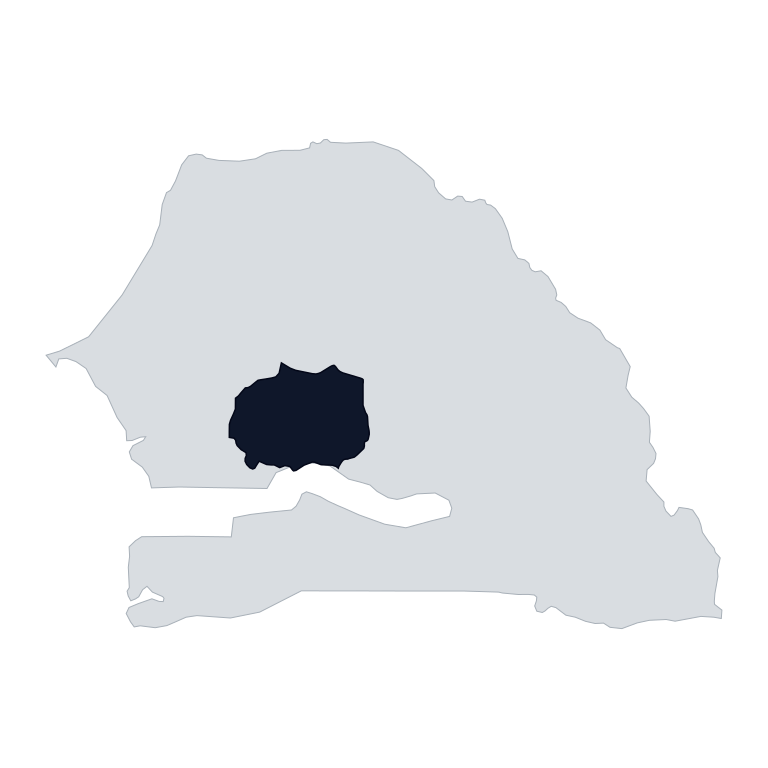 location of Kaffrine within Senegal
{"feature_id": "SEN-5516", "entity_name": "Kaffrine", "entity_type": "Region", "adm_level": 1, "iso_a3": "SEN", "parent_name": "Senegal", "parent_adm1": "", "projection": "albers", "projection_center": [-15.14, 14.22], "detail": "fine", "context": "in_parent", "style": "filled", "palette": "ink", "viewbox_px": 768, "rotation_deg": 0, "n_neighbors": 0, "source": "natural_earth", "source_scale": "10m", "svg_char_len": 4349}
<svg xmlns="http://www.w3.org/2000/svg" viewBox="0 0 768 768"><path d="M619.7,348.5L630.2,366.6L628.1,375.3L625.9,388.0L631.8,397.2L638.7,403.1L643.6,408.6L649.1,416.2L650.2,431.4L649.4,442.3L652.9,447.3L656.0,453.5L655.5,458.7L653.6,463.4L647.1,469.6L646.1,481.0L657.0,494.6L663.9,502.0L663.9,506.3L665.9,511.0L671.0,516.4L674.1,515.1L677.5,510.5L679.0,507.4L688.2,508.7L692.6,510.0L698.6,518.9L700.8,524.9L702.4,532.4L708.7,541.7L714.1,548.2L715.3,552.4L720.2,557.9L717.4,570.4L717.9,576.7L714.9,593.5L714.3,601.3L714.5,604.3L721.9,610.1L721.3,618.5L713.8,617.2L700.9,616.4L675.1,621.2L666.2,619.5L649.3,620.3L637.2,622.9L621.9,628.6L610.0,627.3L603.5,623.1L595.1,623.5L585.5,621.3L575.3,617.2L565.9,615.2L555.9,607.6L551.2,606.3L547.9,608.3L545.1,610.9L542.3,612.5L536.8,611.2L534.7,606.0L536.4,600.9L536.8,597.1L534.3,595.0L528.1,594.4L518.3,594.5L502.3,593.0L498.7,592.1L463.0,591.0L426.1,591.0L394.7,591.0L355.2,590.9L327.4,590.9L301.4,590.8L281.4,601.0L259.7,612.1L230.4,618.0L196.9,615.6L186.1,617.2L175.0,622.1L166.8,625.6L155.2,627.7L140.2,625.8L134.2,626.9L130.5,621.8L126.2,613.5L129.0,607.5L138.1,603.7L151.9,598.8L159.0,601.4L163.2,601.6L164.0,598.3L162.7,596.6L152.4,592.1L147.0,586.3L142.6,589.7L138.7,596.8L135.5,598.9L130.8,600.8L128.2,596.0L127.1,591.2L129.3,587.6L128.3,567.2L129.6,556.3L129.1,546.8L135.6,540.6L141.7,536.7L165.7,536.5L188.0,536.3L209.4,536.6L231.3,536.9L233.5,517.8L240.4,516.4L250.8,514.4L270.1,512.1L291.5,510.0L296.1,506.2L299.7,499.9L301.9,494.2L306.4,491.8L312.4,493.7L320.3,496.7L328.4,501.3L337.8,505.6L344.0,508.2L359.0,514.9L384.7,524.2L405.8,527.8L431.2,520.9L449.6,516.4L451.8,508.2L448.9,500.2L435.2,493.0L416.6,493.9L410.9,495.9L402.2,498.4L397.0,499.4L388.2,497.7L377.1,491.4L370.0,485.0L360.2,482.1L348.6,479.1L330.0,466.0L320.3,463.7L311.1,463.0L293.4,465.6L276.1,472.6L267.0,488.5L249.8,488.2L213.1,487.6L179.4,487.0L151.5,487.9L148.8,476.3L142.3,467.1L131.6,459.2L129.3,451.9L133.0,445.6L143.4,440.4L145.7,436.7L140.3,437.2L132.1,440.5L126.7,440.7L126.1,430.6L117.1,417.5L107.1,395.5L95.6,386.4L86.1,368.5L76.0,361.6L66.8,358.3L58.8,358.9L55.9,367.0L46.1,355.2L59.6,351.1L88.6,336.8L122.1,295.0L152.1,245.5L156.0,233.8L159.7,224.9L162.2,204.6L166.5,192.6L170.5,190.3L175.5,181.0L181.7,164.8L188.6,155.8L196.2,154.1L202.2,154.9L206.4,158.2L218.9,160.4L239.5,161.2L255.5,158.8L266.8,153.2L281.6,150.4L300.0,150.3L309.6,147.9L310.6,143.3L312.9,141.9L316.8,143.7L320.4,143.0L323.8,139.7L327.1,139.4L330.5,142.3L345.8,143.1L373.2,141.9L398.5,150.4L421.8,168.5L433.9,180.6L434.7,186.7L438.6,192.8L445.6,198.9L451.9,200.0L457.7,196.1L462.2,196.5L465.5,201.2L472.1,202.1L479.5,199.2L484.8,200.2L485.8,203.0L487.0,204.5L490.6,205.1L495.4,208.7L502.2,218.3L507.8,231.7L512.2,249.0L517.9,258.4L524.8,259.9L528.9,263.4L529.8,267.5L531.8,270.3L535.2,271.8L541.1,270.8L548.0,276.6L555.6,289.3L556.8,295.0L555.6,298.1L556.1,300.3L561.1,302.4L565.8,306.5L569.7,312.7L578.0,318.2L590.7,322.9L599.9,330.1L605.6,339.7L617.3,347.7L619.7,348.5Z" fill="#d9dde1" stroke="#a8b0b8" stroke-width="1"/><path d="M338.3,468.2L336.2,466.5L332.2,465.2L321.1,464.7L314.6,462.2L312.2,462.1L304.2,465.1L296.0,470.4L293.6,470.9L292.7,470.2L290.6,467.4L289.6,466.4L284.8,465.6L279.7,467.6L274.2,464.9L271.0,464.9L266.6,464.5L259.1,461.2L256.7,464.9L254.7,468.2L252.7,469.0L249.9,467.8L246.7,464.5L245.1,461.2L245.2,458.3L246.4,455.5L246.0,452.6L241.2,449.7L237.2,445.6L236.1,443.1L235.7,440.3L234.1,438.2L229.3,437.4L229.3,431.7L229.4,424.3L230.6,420.2L233.4,414.1L235.4,409.1L235.5,398.2L238.4,396.0L241.0,392.8L245.3,387.9L248.1,387.6L250.6,386.3L255.7,382.1L258.0,380.3L260.6,379.8L265.9,379.0L271.7,378.0L275.8,376.9L279.1,373.3L281.4,362.9L290.2,368.2L295.6,370.3L312.3,373.7L316.0,374.0L318.6,373.4L320.7,372.6L330.4,366.6L332.2,365.7L334.0,365.3L335.4,366.4L337.9,369.8L339.9,371.5L342.8,372.9L360.6,378.2L362.3,378.9L363.1,379.6L363.2,381.0L363.2,382.3L363.0,384.0L363.0,405.3L365.5,412.6L366.9,414.7L367.5,416.7L368.0,425.3L369.0,430.3L369.2,432.5L369.2,434.4L368.2,439.0L367.8,439.9L367.3,440.5L366.3,441.1L365.3,441.4L364.9,441.7L364.7,441.9L364.3,443.9L364.4,445.9L364.1,447.2L363.9,448.1L363.6,448.6L357.2,454.8L354.6,456.9L354.1,457.2L349.1,458.5L348.0,459.0L347.3,459.1L345.9,459.1L344.6,459.4L343.5,459.8L342.0,461.4L340.7,463.3L338.7,466.7L338.3,468.2Z" fill="#0f172a" stroke="#020617" stroke-width="1.5"/></svg>